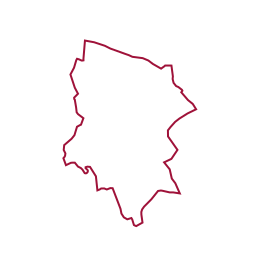 map outline of Gulbene (orthographic projection), rotated 253°
{"feature_id": "LVA-1083", "entity_name": "Gulbene", "entity_type": "Municipality", "adm_level": 1, "iso_a3": "LVA", "parent_name": "Latvia", "parent_adm1": "", "projection": "orthographic", "projection_center": [26.543, 57.177], "detail": "fine", "context": "isolated", "style": "outline", "palette": "rose", "viewbox_px": 256, "rotation_deg": 253, "n_neighbors": 0, "source": "natural_earth", "source_scale": "10m", "svg_char_len": 1438}
<svg xmlns="http://www.w3.org/2000/svg" viewBox="0 0 256 256"><g transform="rotate(253 128 128)"><path d="M52.9,97.2L74.9,95.7L75.7,93.5L75.4,89.8L77.2,87.5L78.0,84.6L77.5,83.0L77.3,80.5L91.2,83.2L101.9,80.3L102.9,77.9L102.9,76.0L102.0,75.7L99.8,77.0L98.7,77.1L97.8,76.6L97.1,75.6L96.9,74.5L97.5,73.4L101.5,72.3L103.5,71.2L105.7,68.9L110.4,67.0L111.1,64.8L111.4,63.2L110.6,57.8L118.0,57.4L118.9,58.8L119.8,59.7L122.0,60.7L125.8,60.1L130.3,62.0L134.2,70.9L136.8,74.7L144.1,79.6L144.8,82.9L144.9,84.0L150.4,88.2L155.8,84.3L158.0,83.5L162.9,84.4L170.6,85.4L171.2,85.1L172.1,85.2L172.8,85.4L175.4,90.2L182.1,88.9L196.0,88.6L201.4,94.0L207.9,98.3L209.1,99.5L208.0,101.2L206.1,103.3L205.8,104.3L205.7,105.2L207.4,105.7L224.2,112.4L219.9,120.7L213.4,129.9L209.1,134.4L199.6,147.1L197.5,150.0L194.8,153.0L190.5,162.5L186.6,167.2L182.0,170.5L175.1,177.0L176.4,180.8L176.9,181.8L175.0,187.8L164.2,186.0L161.8,185.0L157.8,184.8L154.0,186.3L152.5,188.1L148.8,190.7L147.7,190.9L146.6,189.4L137.2,193.5L132.0,197.0L126.0,198.6L124.5,189.2L122.0,179.9L120.1,174.9L116.6,169.1L114.1,165.5L108.2,163.8L92.6,168.9L85.8,160.5L84.6,152.5L76.3,155.8L66.8,155.1L61.4,157.1L50.3,158.4L53.1,152.6L54.2,149.1L57.8,142.8L58.6,141.2L59.0,138.3L53.0,129.5L48.1,120.4L46.0,117.7L43.8,116.2L41.4,115.5L33.3,114.2L31.8,107.2L32.5,106.3L33.5,105.3L39.3,105.3L40.9,104.9L40.9,100.6L43.8,97.9L48.1,96.7L52.9,97.2Z" fill="none" stroke="#9f1239" stroke-width="2"/></g></svg>